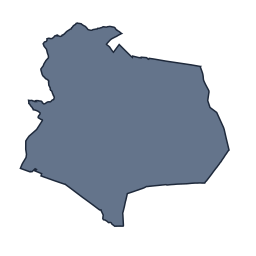 outline of Siria, Arad, Romania, rotated 186°
{"feature_id": "2599482B5262602220408", "entity_name": "Siria", "entity_type": "district", "adm_level": 2, "iso_a3": "ROU", "parent_name": "Romania", "parent_adm1": "Arad", "projection": "equal_earth", "projection_center": [21.642, 46.281], "detail": "fine", "context": "isolated", "style": "filled", "palette": "slate", "viewbox_px": 256, "rotation_deg": 186, "n_neighbors": 0, "source": "geoboundaries", "source_scale": "gbopen_adm2", "svg_char_len": 5765}
<svg xmlns="http://www.w3.org/2000/svg" viewBox="0 0 256 256"><g transform="rotate(186 128 128)"><path d="M221.2,202.9L220.0,200.5L217.3,197.8L215.9,193.9L214.8,191.7L214.5,190.1L214.6,189.3L216.6,186.6L218.3,183.0L218.8,181.0L220.8,177.6L220.7,176.7L219.2,172.9L219.0,172.5L218.9,172.1L218.7,171.9L218.1,171.0L217.8,170.8L217.5,170.4L217.2,170.3L217.0,170.2L216.5,169.7L216.2,169.6L215.9,169.3L215.7,168.9L215.2,168.6L214.9,168.3L214.5,168.2L214.1,168.2L213.9,168.1L213.7,167.9L213.4,167.7L213.1,167.7L212.7,167.3L212.1,167.0L212.0,166.9L211.9,166.7L212.0,166.4L211.9,166.1L211.7,165.8L211.8,165.7L211.7,165.2L211.8,165.0L211.7,164.6L211.5,163.8L211.3,162.6L211.2,162.2L210.5,161.2L210.2,160.7L210.0,160.3L209.7,160.0L209.6,159.9L209.4,159.4L209.4,159.2L209.5,158.8L209.5,158.6L209.4,158.3L209.0,157.8L208.9,157.4L208.3,157.2L208.1,157.1L207.9,156.9L207.2,155.9L207.1,155.4L206.7,154.6L206.5,154.1L206.0,153.6L205.9,153.4L205.9,153.2L205.7,152.6L205.5,152.3L205.3,152.2L205.0,152.0L204.9,151.8L204.9,151.6L204.8,151.3L204.6,151.0L204.5,150.7L204.6,150.2L204.6,149.9L204.8,149.2L204.8,148.9L204.9,148.5L205.0,148.4L205.9,148.1L206.1,148.0L206.5,147.6L206.9,147.1L207.3,146.5L207.6,146.2L207.8,146.0L208.2,145.9L208.8,145.8L209.5,145.8L210.1,145.6L210.6,145.5L210.8,145.4L211.0,145.3L211.4,144.9L211.7,144.8L211.9,144.6L212.1,144.4L212.5,144.0L213.0,143.6L213.4,143.4L213.7,143.3L214.0,143.2L214.4,143.2L214.6,143.4L214.8,143.5L215.1,143.8L215.6,144.0L215.8,144.1L215.9,144.4L216.1,144.7L216.2,145.0L216.5,145.3L216.8,145.5L217.1,145.6L217.6,145.7L217.9,145.6L218.4,145.6L218.7,145.6L219.3,145.7L219.7,145.7L220.1,145.8L220.2,145.7L221.0,145.8L221.5,145.8L221.9,145.7L222.5,145.6L223.0,145.4L223.0,145.2L223.0,144.9L222.9,144.7L222.7,144.6L223.3,144.5L223.8,144.6L224.5,144.9L224.9,145.0L225.3,144.9L225.5,145.0L225.9,145.2L226.4,145.4L226.7,145.4L227.6,145.2L228.4,145.1L229.2,145.1L229.7,145.2L229.8,145.2L229.3,143.1L229.2,142.0L228.1,141.3L227.4,140.2L226.3,139.1L225.3,138.3L224.8,137.2L224.3,137.1L224.0,136.2L223.7,136.3L221.8,136.0L219.9,135.5L218.4,134.8L217.5,134.1L216.9,133.7L217.1,132.4L218.2,130.7L218.5,129.7L218.5,129.3L218.4,128.9L217.9,128.6L216.8,128.1L215.2,127.3L214.5,127.4L214.0,127.0L213.9,126.6L216.1,122.2L218.7,117.0L220.8,114.7L225.6,109.5L227.7,105.7L227.9,104.9L228.3,104.5L227.5,96.2L226.2,91.2L226.3,88.4L226.3,87.9L226.6,87.4L227.4,85.7L227.7,85.0L228.4,83.6L229.1,82.0L229.2,81.7L229.5,81.1L230.8,76.6L220.7,74.1L220.2,74.7L219.0,74.4L216.1,77.8L214.7,77.2L216.0,75.6L209.2,73.6L209.4,73.2L209.2,71.9L209.5,71.3L206.9,70.6L196.1,68.0L185.2,65.5L184.7,65.6L184.0,65.1L180.4,63.0L173.1,58.6L165.8,54.2L161.6,51.8L153.1,46.8L150.3,45.1L148.1,43.8L147.5,43.8L147.4,43.5L146.1,43.6L146.0,42.8L145.5,42.1L145.1,41.4L143.7,39.1L143.5,38.7L143.6,38.0L143.6,37.1L143.6,36.5L143.6,35.3L143.3,34.8L142.9,34.3L142.5,34.1L141.9,34.1L141.3,34.1L139.8,33.4L139.0,33.0L138.6,32.7L137.8,32.1L137.5,31.9L137.1,31.9L136.7,32.0L136.3,32.2L136.0,32.2L135.7,32.2L135.4,32.2L135.1,32.1L134.6,31.7L134.0,30.8L132.7,30.0L132.0,29.6L130.9,28.9L130.5,29.0L126.6,29.5L122.6,29.9L122.4,30.1L122.4,30.8L123.5,37.8L124.0,40.9L124.4,43.0L124.2,43.6L123.4,49.4L122.9,54.4L122.6,56.0L121.8,62.7L116.7,65.0L105.9,70.1L103.4,71.8L102.5,71.8L100.5,72.3L95.7,73.3L92.2,74.0L88.5,74.8L84.6,75.6L83.9,75.6L83.5,75.4L83.1,75.4L79.3,76.2L76.3,76.7L73.4,77.3L71.2,77.6L63.7,78.7L62.2,79.0L58.8,79.7L55.9,80.2L53.2,80.5L50.7,80.9L48.6,81.0L45.9,81.3L45.4,82.5L44.4,83.7L40.3,90.4L38.3,93.9L35.9,97.8L35.7,98.0L34.5,100.1L33.5,101.7L32.8,103.1L32.3,103.8L32.1,104.0L31.8,104.6L31.0,106.3L29.7,108.6L28.4,111.3L27.7,112.4L27.0,113.7L26.5,114.8L25.7,116.1L25.2,116.6L25.5,117.4L29.4,128.4L32.2,136.6L33.0,138.4L41.4,152.7L48.6,157.0L51.6,163.6L51.3,170.8L51.2,171.9L51.3,172.7L51.4,173.3L52.2,174.6L53.3,176.2L55.6,179.6L57.3,182.4L57.7,183.2L58.1,184.3L58.7,187.4L59.2,189.2L59.8,190.8L62.4,196.2L62.6,196.7L62.5,196.8L63.0,196.8L67.3,197.1L71.6,197.4L81.0,197.8L97.4,198.5L109.5,199.3L114.2,199.5L114.6,198.5L114.9,198.6L115.2,198.6L116.1,199.4L117.0,199.9L122.3,199.8L122.3,199.1L125.0,199.2L126.4,199.4L129.4,199.8L130.9,200.0L131.0,198.7L133.1,200.1L145.5,210.1L150.4,201.8L150.9,202.2L151.5,202.8L153.0,204.5L154.8,206.7L156.6,207.9L157.8,208.6L158.0,208.9L158.2,209.1L157.2,210.6L156.0,212.2L155.5,212.9L154.7,213.9L153.6,215.0L152.8,215.5L150.4,217.1L148.9,218.0L147.4,219.2L144.4,221.2L144.2,221.3L145.3,221.9L146.4,222.7L147.3,223.2L148.1,223.5L149.1,224.2L149.4,224.1L150.0,224.6L150.7,225.3L151.2,226.1L151.8,226.4L152.0,226.6L152.6,226.8L154.1,226.9L155.7,227.1L156.9,227.1L158.0,226.8L158.9,226.6L159.8,226.1L160.4,226.1L161.4,226.0L161.9,226.1L163.2,226.1L163.8,225.8L164.6,225.1L165.4,224.9L166.5,224.4L167.0,224.1L167.4,224.1L168.7,223.9L169.0,223.3L170.7,222.9L171.6,222.6L173.1,222.2L174.2,221.4L175.4,221.3L177.0,221.5L178.2,221.8L179.0,222.7L180.1,223.8L181.5,224.8L182.3,225.0L184.2,225.9L185.0,226.4L185.3,226.7L185.7,226.8L186.2,226.8L187.2,226.9L188.0,226.9L188.8,226.9L189.2,227.1L189.7,226.9L190.1,226.8L190.2,226.7L190.5,226.6L190.7,226.3L190.8,225.9L191.0,225.6L191.4,225.3L191.5,225.2L192.8,224.2L193.4,223.4L193.7,222.8L194.0,222.2L194.6,221.8L194.7,220.9L195.1,220.5L195.5,220.4L195.8,220.2L196.5,219.7L196.9,219.3L198.7,217.9L199.8,216.7L200.2,216.0L200.7,215.6L201.0,214.9L201.7,214.5L202.1,213.9L202.6,213.8L202.8,213.7L203.1,213.6L203.3,213.4L203.4,213.2L203.4,212.7L203.6,212.5L204.5,212.1L205.3,212.0L205.7,212.0L206.2,212.2L206.9,212.4L207.5,212.3L207.8,212.2L208.1,212.2L208.0,213.0L208.8,212.8L209.8,212.1L210.6,211.8L210.9,211.1L212.0,209.9L212.8,209.1L214.1,208.8L215.6,209.0L216.6,208.9L218.0,208.2L217.7,207.1L217.9,206.3L218.4,205.5L220.1,204.8L220.8,203.5L221.2,202.9Z" fill="#64748b" stroke="#1e293b" stroke-width="1.5"/></g></svg>